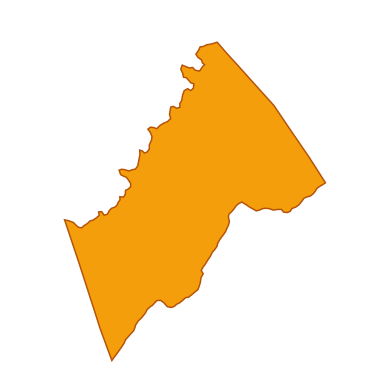 Itaocara, Rio de Janeiro, Brazil, rotated 162°
{"feature_id": "56859067B49021626071663", "entity_name": "Itaocara", "entity_type": "district", "adm_level": 2, "iso_a3": "BRA", "parent_name": "Brazil", "parent_adm1": "Rio de Janeiro", "projection": "natural_earth1", "projection_center": [-42.077, -21.729], "detail": "fine", "context": "isolated", "style": "filled", "palette": "amber", "viewbox_px": 384, "rotation_deg": 162, "n_neighbors": 0, "source": "geoboundaries", "source_scale": "gbopen_adm2", "svg_char_len": 2540}
<svg xmlns="http://www.w3.org/2000/svg" viewBox="0 0 384 384"><g transform="rotate(162 192 192)"><path d="M107.6,143.0L104.6,143.3L102.0,145.4L97.9,145.6L94.4,146.7L90.6,149.1L87.4,151.5L84.3,151.8L80.6,151.6L77.4,152.8L74.6,154.6L71.9,156.9L68.8,157.9L65.9,158.5L62.2,159.5L70.0,189.3L74.6,204.9L76.0,209.8L77.3,214.1L80.2,224.0L87.2,248.4L90.6,256.2L99.6,276.3L108.8,297.1L115.6,312.1L121.8,326.7L126.4,326.7L129.7,327.0L132.6,327.5L136.0,326.9L139.4,327.5L141.8,324.9L145.7,321.8L144.7,318.1L142.1,314.7L142.2,311.6L140.7,309.3L143.5,307.8L147.4,304.7L151.3,306.8L153.0,310.3L156.2,310.8L159.4,313.4L162.1,315.7L164.7,312.3L164.2,307.8L164.6,303.7L162.1,302.5L160.6,299.1L159.4,296.2L156.8,294.3L158.7,290.2L162.0,288.9L164.2,291.6L168.1,290.8L171.2,286.7L173.6,282.1L176.3,279.9L177.2,276.3L180.7,276.4L183.3,279.2L186.0,279.3L187.6,276.3L189.5,272.5L189.5,268.6L193.6,266.5L197.7,266.2L201.8,265.2L206.0,263.1L208.6,265.2L211.5,266.5L214.5,265.4L213.3,261.5L212.9,257.3L214.3,254.1L216.3,251.9L218.2,249.7L219.3,246.0L222.4,243.9L225.2,243.8L226.5,246.3L228.8,248.0L230.0,243.6L232.9,238.4L235.3,233.9L238.6,231.3L242.4,231.7L245.5,231.4L248.8,233.9L251.9,235.4L254.6,235.3L254.5,230.6L252.2,228.2L249.9,226.4L248.7,222.8L247.7,219.1L248.7,216.0L251.8,214.5L254.7,214.1L256.2,210.4L258.7,208.3L262.1,209.8L262.9,206.8L265.6,204.8L267.4,202.6L270.0,201.4L273.6,201.4L276.6,199.7L279.1,197.1L282.7,197.0L283.9,201.2L287.0,201.9L287.4,198.5L291.1,196.9L294.9,195.8L298.0,196.0L301.1,194.4L305.6,193.2L307.9,192.0L310.8,193.5L312.4,196.0L314.2,199.6L318.0,202.7L321.8,204.9L321.4,160.2L321.5,106.1L321.6,90.9L320.3,56.5L316.8,59.1L314.6,60.6L312.1,62.4L307.6,65.8L305.3,67.5L302.9,69.6L300.7,72.2L298.3,73.5L294.9,75.5L290.4,78.1L288.4,80.4L286.7,82.9L283.1,85.9L278.4,88.2L273.9,91.2L271.0,94.0L267.7,95.6L264.5,96.5L262.1,97.9L259.0,99.6L255.4,98.7L252.9,95.3L251.0,90.7L247.5,88.6L244.6,88.6L241.2,90.0L238.2,90.4L234.2,91.9L230.5,93.6L228.0,92.9L224.0,94.4L219.9,96.1L216.7,97.2L214.3,100.1L212.1,103.3L209.8,107.9L206.6,110.8L207.5,114.5L204.5,117.3L201.9,119.1L199.4,121.2L197.0,123.2L194.4,125.2L191.6,128.1L187.8,130.5L185.0,132.6L183.5,135.1L181.6,137.0L178.6,139.4L175.6,141.5L172.3,144.0L169.7,147.0L167.8,148.9L165.6,152.2L165.1,157.0L163.7,159.5L160.3,161.1L157.2,163.0L154.5,165.1L151.5,166.4L147.8,167.1L145.1,164.0L141.6,159.5L138.9,156.7L136.8,154.2L133.5,153.9L130.6,154.3L128.1,154.1L124.3,152.7L120.1,149.6L116.0,149.0L112.3,147.8L111.2,144.6L107.6,143.0Z" fill="#f59e0b" stroke="#b45309" stroke-width="1.5"/></g></svg>